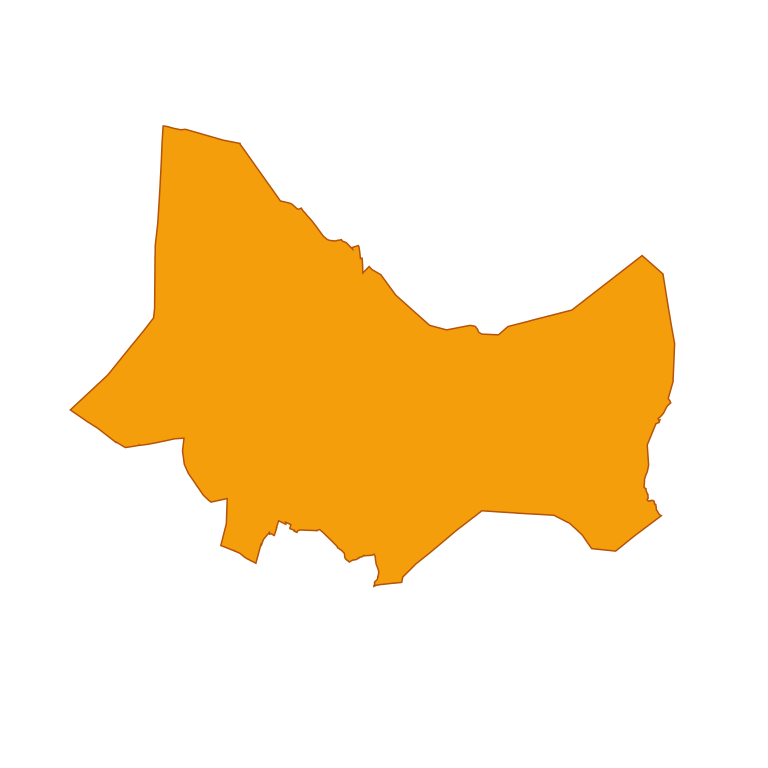 Losser, Overijssel, Netherlands, rotated 283°
{"feature_id": "6326949B82961432295226", "entity_name": "Losser", "entity_type": "district", "adm_level": 2, "iso_a3": "NLD", "parent_name": "Netherlands", "parent_adm1": "Overijssel", "projection": "natural_earth1", "projection_center": [6.987, 52.3], "detail": "fine", "context": "isolated", "style": "filled", "palette": "amber", "viewbox_px": 768, "rotation_deg": 283, "n_neighbors": 0, "source": "geoboundaries", "source_scale": "gbopen_adm2", "svg_char_len": 5989}
<svg xmlns="http://www.w3.org/2000/svg" viewBox="0 0 768 768"><g transform="rotate(283 384 384)"><path d="M318.0,683.8L318.4,682.5L318.6,682.2L318.9,681.6L319.7,680.7L320.2,680.2L321.3,679.3L321.9,678.7L322.3,678.2L322.7,677.8L323.1,677.6L326.0,676.6L327.1,676.1L327.8,675.9L327.9,675.7L327.8,675.2L327.7,674.9L327.9,674.6L328.1,674.5L328.4,674.4L328.9,674.3L329.1,674.3L329.5,673.9L329.9,673.7L330.3,673.7L330.5,673.6L330.6,673.4L330.7,672.8L331.0,672.4L331.0,672.2L330.9,671.8L330.9,671.0L330.9,670.9L330.7,670.6L330.2,670.0L329.8,669.7L329.6,669.3L329.8,668.8L329.8,668.6L329.7,668.5L329.4,668.1L329.4,667.8L330.2,666.8L330.4,666.4L331.7,667.0L333.1,666.8L333.5,666.6L335.0,666.2L335.7,666.1L335.7,665.9L335.8,665.7L336.1,665.4L336.9,664.9L338.3,663.9L339.6,663.2L340.1,663.0L340.7,662.9L340.9,662.9L341.3,661.8L341.6,660.8L344.1,660.2L345.7,660.0L346.2,660.0L349.8,659.3L350.6,659.3L353.1,659.5L355.2,659.8L357.7,660.3L364.4,660.1L364.8,660.0L380.2,655.3L383.9,654.2L389.9,655.2L397.9,656.5L401.0,657.0L406.6,658.0L408.1,660.3L408.3,660.7L409.6,660.7L410.9,660.9L410.2,660.0L410.6,659.7L411.3,659.6L412.1,658.9L412.9,659.6L414.2,660.6L416.0,661.7L417.0,662.2L417.6,662.5L419.1,663.1L419.9,663.3L423.0,664.0L423.6,664.1L424.7,664.5L425.7,664.8L426.5,665.2L427.0,665.4L427.4,665.7L428.2,666.2L429.4,667.1L430.0,667.6L430.8,667.2L431.6,666.6L432.7,665.5L433.1,665.0L433.8,664.2L451.3,665.1L488.7,658.1L505.5,650.9L511.0,648.6L511.4,648.5L518.5,645.5L537.1,637.9L553.9,631.1L567.2,606.6L498.3,550.4L480.2,515.4L477.2,509.9L472.2,500.2L467.9,491.9L459.9,486.1L458.9,485.4L458.1,484.9L457.7,484.5L457.0,481.0L455.4,472.2L454.6,468.0L455.9,464.4L458.4,462.8L460.7,459.8L460.5,454.7L453.0,437.8L450.8,432.8L451.4,415.3L461.0,397.7L471.4,378.8L472.5,376.8L473.1,375.6L489.8,356.3L492.8,346.5L495.1,343.1L487.4,338.4L488.9,338.0L493.6,336.8L498.6,335.3L499.6,335.0L501.7,334.3L500.9,332.8L505.3,331.3L507.4,330.6L509.6,329.7L512.1,328.7L513.1,327.8L509.9,322.4L508.3,323.1L513.2,315.5L513.4,314.7L513.8,311.5L515.1,309.9L514.1,308.1L513.7,306.6L513.2,305.9L512.5,304.8L511.7,299.0L511.8,297.7L512.3,295.6L513.5,293.3L514.8,291.1L519.2,286.0L521.7,283.2L526.9,276.9L530.6,271.6L533.2,268.2L534.1,266.7L535.1,265.5L536.8,263.8L535.2,261.8L535.1,260.0L537.9,255.1L538.7,253.3L539.0,251.5L539.1,244.1L538.9,242.0L541.9,238.7L542.0,238.6L551.0,228.5L553.6,225.5L559.6,218.8L567.5,209.9L580.8,195.0L582.6,192.9L585.6,189.5L586.0,189.6L585.7,180.4L585.4,172.1L587.5,133.4L587.4,132.9L586.0,128.8L585.8,121.9L586.1,115.0L585.9,111.7L585.8,110.8L585.3,110.8L569.1,113.5L549.4,117.2L535.2,119.7L524.6,121.6L490.4,127.3L467.2,130.0L459.7,131.7L456.8,132.2L434.9,137.1L405.9,143.5L396.6,144.6L382.3,138.1L369.3,131.7L363.7,128.9L330.8,112.9L326.3,109.9L321.5,106.7L320.0,105.6L316.2,103.1L288.2,84.2L287.5,85.9L280.7,103.1L277.4,112.4L277.6,112.5L277.3,113.1L277.1,113.5L276.7,114.3L276.5,114.9L276.4,115.3L266.7,136.1L267.1,136.2L267.0,136.4L267.1,136.5L263.9,146.2L266.1,151.9L266.3,152.4L266.8,153.6L267.8,156.0L268.1,156.6L268.1,156.8L268.8,158.5L269.0,158.6L269.4,158.8L269.0,159.0L269.4,159.9L269.8,161.3L271.5,165.8L272.3,167.9L275.7,175.6L280.2,185.3L283.6,192.5L284.5,195.7L284.8,196.6L286.2,201.3L282.8,201.7L273.6,202.7L260.8,207.5L260.2,208.0L258.9,208.9L254.2,212.5L253.0,213.4L252.4,214.0L245.6,221.5L243.7,223.4L242.2,225.1L235.0,233.0L234.2,234.3L233.3,235.9L231.8,238.4L231.1,239.6L230.2,241.8L230.0,242.0L237.1,257.0L212.5,261.8L193.0,261.4L189.9,261.3L188.6,270.3L188.5,270.8L188.4,271.2L188.1,273.2L187.9,274.8L187.7,275.6L188.0,275.6L187.8,276.5L187.6,276.5L186.6,281.8L184.1,286.7L183.1,289.3L182.4,292.2L182.2,292.6L181.3,296.7L180.5,299.5L200.1,300.2L199.6,300.8L205.4,301.5L213.7,305.7L213.5,305.8L212.9,306.0L211.9,306.3L212.1,306.7L212.4,307.0L212.7,308.0L212.5,308.6L212.4,309.2L211.9,310.0L211.7,310.6L211.7,311.2L216.6,311.6L220.0,311.9L220.1,311.5L227.0,312.1L225.2,319.9L225.7,319.8L226.4,319.6L227.2,319.2L226.4,322.9L226.3,323.5L226.0,324.9L222.4,324.7L221.9,324.8L221.4,328.8L221.3,329.7L220.9,329.6L220.3,329.6L220.3,329.8L220.0,331.9L219.9,332.0L220.0,332.1L219.9,332.6L221.2,332.8L221.3,332.9L221.5,333.1L222.6,334.3L222.7,334.6L222.8,334.7L223.2,336.6L224.3,342.5L224.8,345.1L225.9,350.9L226.0,351.2L226.1,351.5L226.3,351.7L226.1,351.8L226.3,352.0L226.9,352.7L227.7,354.1L224.6,359.8L223.5,361.4L222.6,363.0L218.4,369.8L215.2,374.9L214.0,375.5L213.5,377.2L212.8,378.4L212.7,378.9L212.6,379.2L212.6,379.6L212.3,380.2L211.3,381.4L211.0,382.1L210.9,382.4L210.7,382.9L209.3,383.7L207.6,384.4L206.5,384.7L205.7,385.2L205.3,385.5L204.9,385.9L204.3,386.9L203.7,388.2L203.7,388.7L203.4,389.1L203.0,389.6L202.7,390.2L202.8,390.3L203.3,390.9L203.6,391.1L204.8,392.5L205.0,392.7L205.2,392.9L205.7,394.1L205.8,394.5L206.0,394.6L206.2,395.4L206.8,396.5L207.8,397.7L208.0,397.9L208.4,397.8L208.8,398.7L208.9,398.9L209.2,399.2L210.1,399.6L210.3,400.8L211.1,401.9L211.8,402.4L212.3,402.8L212.0,402.9L214.4,410.6L214.6,411.0L215.9,412.5L214.3,413.9L213.9,414.2L213.5,414.4L213.2,414.6L212.5,414.7L212.2,414.8L210.3,415.4L209.2,415.9L206.9,416.8L206.2,417.2L203.6,419.0L202.8,419.6L202.6,419.6L200.8,420.7L200.3,420.9L199.0,421.3L198.3,421.4L195.8,421.4L194.8,421.5L194.8,421.3L193.6,421.4L192.8,421.5L191.9,421.3L191.2,420.9L190.1,420.1L189.5,419.7L188.1,419.4L186.3,420.3L186.0,420.0L185.6,419.5L184.5,419.7L185.1,420.5L185.7,421.1L186.2,421.8L186.9,423.7L187.1,423.7L189.1,429.5L189.9,431.9L191.4,436.1L193.0,441.0L194.4,445.1L194.7,445.9L200.1,445.7L210.9,452.5L215.7,455.4L222.2,460.6L229.4,466.3L239.2,473.7L246.1,478.9L249.6,481.5L257.1,487.1L259.6,489.1L262.1,491.2L268.3,496.3L273.0,500.1L275.2,502.0L282.5,507.9L284.8,522.2L287.1,536.2L288.0,541.2L287.9,541.3L289.9,553.3L293.1,571.6L294.3,579.2L292.7,585.5L291.5,590.3L290.8,592.8L290.6,593.9L290.3,595.5L290.2,595.9L289.5,597.1L285.3,604.6L283.0,608.5L281.4,611.2L275.7,617.4L270.3,623.4L273.3,647.3L275.3,648.9L286.2,657.4L286.5,657.6L293.3,663.0L318.0,683.8Z" fill="#f59e0b" stroke="#b45309" stroke-width="1.5"/></g></svg>